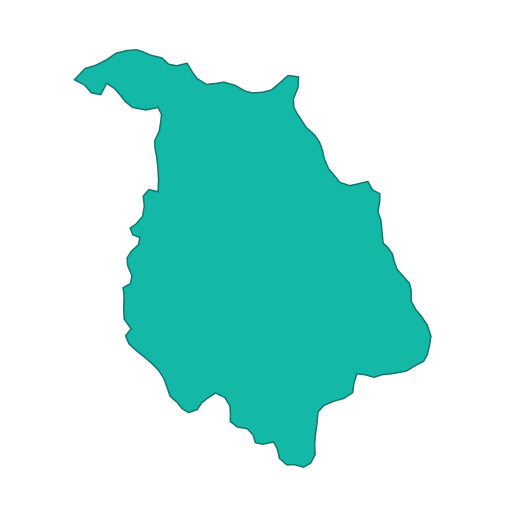 São Félix de Minas, Minas Gerais, Brazil (orthographic projection), rotated 266°
{"feature_id": "56859067B81649197626809", "entity_name": "São Félix de Minas", "entity_type": "district", "adm_level": 2, "iso_a3": "BRA", "parent_name": "Brazil", "parent_adm1": "Minas Gerais", "projection": "orthographic", "projection_center": [-41.443, -18.569], "detail": "fine", "context": "isolated", "style": "filled", "palette": "teal", "viewbox_px": 512, "rotation_deg": 266, "n_neighbors": 0, "source": "geoboundaries", "source_scale": "gbopen_adm2", "svg_char_len": 1985}
<svg xmlns="http://www.w3.org/2000/svg" viewBox="0 0 512 512"><g transform="rotate(266 256 256)"><path d="M155.0,422.9L163.8,424.9L175.4,421.9L184.2,416.8L191.0,411.9L199.8,407.7L210.5,408.4L218.1,407.2L224.9,401.8L233.0,395.7L240.9,393.5L248.3,392.3L254.7,388.5L259.9,383.7L270.1,383.4L282.8,383.1L291.6,380.7L301.3,383.1L309.4,383.9L313.8,376.9L322.5,372.7L321.0,363.8L319.6,354.3L323.6,344.7L329.8,340.5L338.1,334.4L348.7,330.8L356.6,329.7L365.1,327.3L372.7,322.9L380.6,315.1L389.1,310.4L395.6,306.7L401.9,304.0L410.2,304.3L421.4,309.7L431.7,310.9L433.8,300.6L426.3,290.9L420.5,282.8L418.9,274.4L418.9,264.1L421.2,256.8L427.7,246.9L431.7,236.1L431.0,229.1L430.6,218.5L437.1,209.6L444.0,205.3L453.1,200.7L451.3,190.3L453.3,182.3L460.1,176.1L463.8,164.6L467.3,158.0L470.0,151.6L470.0,141.6L468.0,130.5L461.9,120.2L457.1,108.5L455.0,98.6L449.6,92.9L444.5,87.1L438.7,96.7L430.2,103.3L427.8,112.4L438.7,119.0L432.9,126.6L425.2,132.4L419.2,136.3L412.9,143.0L409.4,156.2L411.0,168.8L403.8,171.6L396.7,170.4L387.3,168.2L378.2,163.1L370.9,162.8L362.2,163.8L351.3,164.3L338.5,164.1L326.9,162.8L329.7,153.8L323.6,147.7L313.7,148.1L303.5,145.7L296.2,138.5L292.6,132.4L285.8,134.6L282.5,141.5L275.5,139.6L269.4,132.0L263.1,127.3L255.5,127.3L244.9,130.9L237.2,128.8L233.7,121.2L225.3,121.6L213.5,120.4L202.3,120.1L192.1,126.3L185.6,120.4L177.2,123.1L168.4,131.7L162.6,138.1L156.5,144.2L148.9,150.8L140.5,155.5L132.6,157.7L121.9,160.7L115.4,167.3L108.9,171.6L104.5,177.8L106.9,186.6L113.3,191.5L117.2,197.2L122.2,206.0L117.1,215.0L108.5,219.5L100.5,219.5L92.7,218.8L86.6,225.6L84.4,235.2L77.8,240.6L69.9,242.3L67.8,249.4L69.2,260.7L62.2,263.8L52.5,265.3L45.5,272.2L45.2,279.8L42.0,288.6L45.5,296.0L53.6,301.1L64.4,301.4L73.6,302.8L84.4,305.1L96.2,307.0L102.3,313.3L105.9,324.1L107.8,333.6L112.9,342.8L123.0,345.0L131.5,348.5L129.9,356.7L126.8,365.5L128.8,373.1L129.2,384.7L130.8,398.0L135.8,407.7L139.2,415.8L145.7,420.0L155.0,422.9Z" fill="#14b8a6" stroke="#0f766e" stroke-width="1.5"/></g></svg>